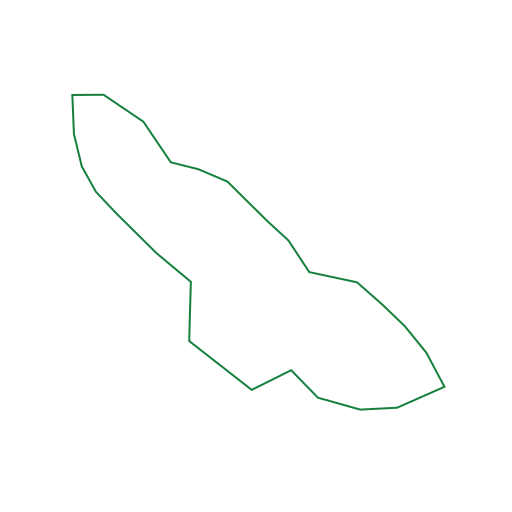 outline of Fikardou, Nicosia, Cyprus, rotated 279°
{"feature_id": "46923920B91359939250801", "entity_name": "Fikardou", "entity_type": "district", "adm_level": 2, "iso_a3": "CYP", "parent_name": "Cyprus", "parent_adm1": "Nicosia", "projection": "albers", "projection_center": [33.185, 34.974], "detail": "fine", "context": "isolated", "style": "outline", "palette": "green", "viewbox_px": 512, "rotation_deg": 279, "n_neighbors": 0, "source": "geoboundaries", "source_scale": "gbopen_adm2", "svg_char_len": 521}
<svg xmlns="http://www.w3.org/2000/svg" viewBox="0 0 512 512"><g transform="rotate(279 256 256)"><path d="M325.0,216.2L332.7,185.4L335.2,157.2L371.0,123.8L391.4,80.2L386.3,49.4L348.0,57.1L317.3,69.9L294.3,87.9L276.5,111.0L243.3,157.2L220.3,195.7L173.9,201.7L161.5,203.4L135.9,249.6L123.1,272.7L148.7,308.6L125.7,339.4L120.6,383.0L128.2,419.0L156.3,462.6L187.0,439.5L210.0,413.9L227.9,388.2L245.8,359.9L248.4,311.2L276.5,285.5L291.8,262.4L311.3,235.2L325.0,216.2Z" fill="none" stroke="#15803d" stroke-width="2"/></g></svg>